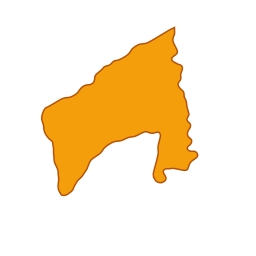 Villa Bisonó, Santiago, Dominican Republic (Mercator projection), rotated 239°
{"feature_id": "3306468B37188297910356", "entity_name": "Villa Bisonó", "entity_type": "district", "adm_level": 2, "iso_a3": "DOM", "parent_name": "Dominican Republic", "parent_adm1": "Santiago", "projection": "mercator", "projection_center": [-70.869, 19.575], "detail": "fine", "context": "isolated", "style": "filled", "palette": "amber", "viewbox_px": 256, "rotation_deg": 239, "n_neighbors": 0, "source": "geoboundaries", "source_scale": "gbopen_adm2", "svg_char_len": 3461}
<svg xmlns="http://www.w3.org/2000/svg" viewBox="0 0 256 256"><g transform="rotate(239 128 128)"><path d="M105.1,36.4L104.2,37.0L103.4,38.0L102.8,39.2L102.3,41.3L102.6,45.7L102.9,47.2L103.3,48.5L104.0,49.7L105.6,51.7L108.5,57.0L109.0,58.5L109.9,62.5L110.4,64.1L113.8,71.3L114.8,72.7L118.0,76.8L118.9,78.3L119.3,79.1L119.6,79.9L120.0,81.7L120.4,89.1L120.8,91.8L121.3,93.3L122.9,96.8L123.5,99.5L123.7,101.3L123.8,104.1L123.7,106.9L123.4,108.7L123.0,110.4L121.3,113.9L120.8,115.5L120.4,117.3L119.9,121.9L119.6,123.7L119.0,125.3L117.8,128.1L117.3,129.7L116.9,132.4L116.6,137.8L116.1,140.3L115.4,141.7L115.0,142.2L112.3,144.4L111.0,146.1L110.4,147.4L109.7,150.1L109.2,151.4L108.7,151.9L108.1,152.3L107.4,152.5L106.7,152.5L105.9,152.4L104.7,151.8L103.5,150.9L98.6,145.9L96.6,144.2L95.2,143.3L91.5,141.4L89.5,139.8L85.6,136.1L78.2,128.4L75.6,126.0L74.1,125.2L72.5,124.6L69.9,124.5L68.2,124.7L67.4,125.0L66.0,125.8L64.9,126.9L64.0,128.3L63.8,129.1L63.5,130.7L63.7,132.3L63.9,133.0L64.3,133.7L64.8,134.3L65.4,134.8L66.1,135.0L67.5,135.2L71.1,135.3L72.4,135.8L73.0,136.2L73.4,136.8L73.7,137.5L73.7,138.2L73.6,139.0L73.1,140.3L71.7,142.7L70.7,144.9L69.8,146.4L68.2,148.3L64.2,152.6L62.7,154.5L62.0,155.7L61.9,156.4L61.8,157.7L65.1,161.7L66.0,163.3L66.4,164.1L66.6,164.9L66.9,166.5L67.2,170.5L67.5,172.0L67.8,172.6L68.2,173.2L68.8,173.7L69.5,174.0L70.9,174.2L72.3,173.9L73.0,173.6L73.5,173.2L74.0,172.7L75.3,170.4L76.6,169.0L77.8,168.3L78.5,168.1L79.2,168.1L79.9,168.3L80.5,168.7L80.9,169.2L81.2,169.8L81.7,172.5L82.1,173.8L82.9,174.9L83.9,175.8L85.1,176.3L85.7,176.3L88.6,175.4L90.1,175.2L91.6,175.5L92.2,175.8L93.4,176.7L94.4,177.8L94.8,178.4L96.1,181.1L97.0,182.2L97.5,182.6L98.6,183.3L99.2,183.4L100.4,183.3L102.6,182.6L103.9,182.6L104.5,182.7L105.1,183.0L105.6,183.5L108.2,187.3L115.6,189.4L120.5,191.5L122.0,191.9L124.7,192.1L126.1,192.4L128.7,193.7L130.1,194.1L131.6,194.1L134.6,193.2L136.0,192.9L137.5,192.9L139.0,193.1L140.2,193.8L140.7,194.3L141.3,195.5L142.0,197.3L142.7,198.3L143.7,199.1L146.1,200.3L147.2,201.0L149.9,204.4L151.2,205.4L152.0,205.8L153.4,206.0L154.7,205.6L157.0,203.7L161.5,201.0L163.0,200.6L163.7,200.7L164.4,200.9L165.0,201.3L165.5,201.9L165.8,202.5L166.0,204.0L166.2,206.2L166.5,207.7L166.8,208.4L167.3,209.1L167.9,209.6L168.6,209.9L170.1,210.3L177.1,210.8L178.8,211.2L179.7,211.5L180.5,211.9L181.9,213.0L183.1,214.3L184.3,216.0L185.4,216.9L190.2,219.6L190.6,215.0L190.7,212.1L190.7,194.5L190.9,189.7L191.1,187.9L191.6,186.1L193.2,182.6L193.8,181.0L194.1,179.2L194.2,176.4L193.9,173.7L193.5,171.9L191.8,168.4L191.3,166.8L190.9,165.0L190.7,162.3L190.8,158.5L191.0,155.8L191.4,154.1L192.4,151.5L192.6,150.2L192.4,148.9L191.7,146.4L191.5,144.9L191.7,143.4L192.6,140.3L192.6,138.9L191.4,134.8L190.6,129.5L190.2,127.9L189.4,126.5L189.0,126.0L186.8,124.3L185.4,122.8L184.7,121.5L184.5,119.9L184.5,119.2L184.8,117.7L186.0,115.1L186.5,113.6L186.8,112.0L186.8,110.3L186.3,107.9L184.8,104.4L184.2,102.8L183.8,100.1L183.8,97.3L184.0,95.4L184.4,93.7L186.3,89.5L187.0,86.8L187.2,82.9L187.3,72.2L187.6,67.4L187.0,66.0L186.2,64.5L184.6,62.4L183.4,61.1L182.0,59.9L180.6,58.9L179.8,58.5L178.2,58.0L174.2,57.1L172.8,56.5L169.3,54.9L166.8,54.3L164.2,54.2L161.7,54.4L159.3,54.8L156.1,56.0L155.5,56.1L154.1,55.8L148.6,53.5L144.6,51.1L141.6,49.8L138.9,48.3L137.5,47.7L135.1,47.1L129.1,46.5L127.5,46.0L126.8,45.7L123.4,43.9L121.2,43.0L119.7,42.2L114.8,38.5L112.4,37.2L111.0,36.7L108.6,36.4L105.1,36.4Z" fill="#f59e0b" stroke="#b45309" stroke-width="1.5"/></g></svg>